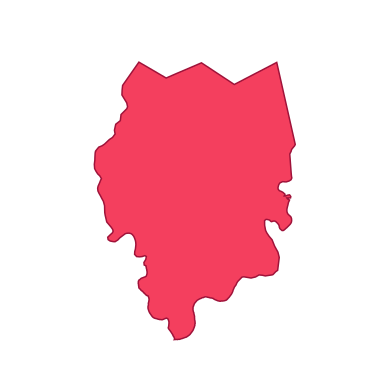 the district of Girard/Babonneau, Castries, Saint Lucia, rotated 195°
{"feature_id": "8701671B73614942856081", "entity_name": "Girard/Babonneau", "entity_type": "district", "adm_level": 2, "iso_a3": "LCA", "parent_name": "Saint Lucia", "parent_adm1": "Castries", "projection": "mercator", "projection_center": [-60.96, 14.001], "detail": "fine", "context": "isolated", "style": "filled", "palette": "rose", "viewbox_px": 384, "rotation_deg": 195, "n_neighbors": 0, "source": "geoboundaries", "source_scale": "gbopen_adm2", "svg_char_len": 5832}
<svg xmlns="http://www.w3.org/2000/svg" viewBox="0 0 384 384"><g transform="rotate(195 192 192)"><path d="M284.1,171.2L283.1,168.6L281.5,166.7L279.3,164.5L277.7,162.7L275.2,160.1L272.9,156.1L271.0,149.7L269.9,147.2L266.6,141.0L263.0,138.5L261.0,137.1L259.0,135.4L258.0,133.7L258.3,132.0L260.1,129.2L261.7,126.5L260.7,124.3L258.5,123.5L257.8,123.5L255.0,123.7L253.4,124.1L251.2,126.5L249.9,129.0L245.8,134.3L244.5,135.2L242.1,136.0L240.0,136.0L238.7,135.5L236.8,134.1L235.5,132.5L234.2,130.6L233.4,129.0L232.6,126.7L232.3,124.9L231.9,122.2L231.9,119.7L231.3,116.9L229.7,115.9L228.8,115.3L225.9,115.8L223.5,116.7L221.1,118.3L219.4,117.9L219.2,114.9L220.2,111.5L219.3,109.1L217.5,108.8L217.3,108.7L217.1,107.9L216.8,107.7L216.6,107.3L216.6,107.1L216.4,106.7L216.3,106.4L216.1,106.0L215.6,105.4L215.5,105.0L215.4,104.7L214.7,103.2L214.5,102.4L214.4,102.0L214.3,101.3L214.3,100.6L214.3,100.2L214.5,98.8L214.7,98.5L215.1,98.1L216.4,97.2L217.3,96.5L217.8,96.2L218.2,95.9L218.7,95.5L219.1,95.0L219.6,94.1L219.8,93.8L220.4,93.3L220.5,92.5L220.7,92.1L220.6,91.4L220.6,91.1L220.3,90.4L220.3,89.9L220.1,89.4L219.7,88.9L219.6,88.2L219.3,87.8L219.2,87.3L218.9,86.9L218.8,86.5L218.7,86.1L218.4,85.7L218.1,85.3L218.0,85.2L217.4,84.9L216.8,84.8L216.3,84.4L216.2,84.2L215.8,83.9L214.4,83.3L214.1,83.4L212.9,82.4L212.5,82.1L212.0,82.1L211.9,81.9L211.4,81.7L210.9,81.3L210.6,81.1L210.3,80.9L210.0,80.8L209.6,80.7L209.3,80.4L209.0,80.4L208.5,80.3L208.2,80.4L208.1,80.2L207.6,80.3L207.4,80.2L207.1,79.8L207.0,79.6L206.9,79.4L206.5,78.9L206.0,78.1L206.0,77.7L205.7,77.4L205.6,77.0L205.6,76.7L205.5,76.1L205.5,75.7L205.4,75.2L205.4,74.2L205.4,73.2L205.2,72.7L204.9,71.7L204.8,71.4L204.9,70.9L204.9,70.6L204.9,70.3L204.8,69.7L204.6,69.0L204.4,68.3L204.0,67.6L203.8,67.2L202.5,65.3L202.3,65.0L202.0,64.8L201.7,64.5L201.6,64.3L201.2,63.9L200.9,63.7L200.1,63.0L199.7,62.7L199.2,62.2L198.8,61.9L198.6,61.7L198.3,61.6L198.0,61.3L197.5,61.0L196.9,60.8L196.6,60.6L196.1,60.6L195.4,60.4L194.8,60.4L194.4,60.4L193.9,60.5L193.6,60.4L193.0,60.5L192.5,60.5L191.9,60.3L191.3,60.4L190.4,60.5L190.2,60.4L189.8,60.5L189.4,60.7L188.5,60.7L188.1,60.9L187.7,60.9L187.3,61.2L187.0,61.4L186.5,61.7L186.1,62.1L185.7,62.4L185.5,62.6L185.3,62.8L184.9,62.9L184.7,63.1L184.5,63.3L184.1,63.5L183.6,63.6L183.2,63.4L182.5,63.1L182.3,63.1L181.8,62.5L181.7,62.3L181.5,62.0L180.9,61.0L180.6,60.6L180.5,60.1L180.4,59.5L180.4,59.3L180.1,58.9L180.1,58.0L180.0,57.5L179.9,56.9L179.8,56.2L179.8,55.7L179.8,55.4L179.9,55.1L179.6,54.5L179.5,54.1L179.3,53.9L178.8,53.5L176.5,51.7L173.3,48.8L173.2,48.3L172.1,47.5L170.6,45.4L170.8,44.9L169.6,45.3L168.7,45.6L167.8,45.7L167.5,46.0L166.9,46.2L166.6,46.3L166.3,46.3L165.7,46.6L165.2,46.9L164.4,47.5L163.4,48.0L162.6,48.6L162.0,49.0L161.2,49.6L160.4,50.1L159.7,50.5L159.4,51.0L158.8,51.6L157.6,53.1L157.0,54.0L156.9,54.4L156.5,55.3L156.2,56.0L156.0,56.4L155.8,57.2L155.6,57.6L155.3,58.4L155.1,59.3L155.1,59.7L155.0,60.2L154.9,61.4L154.8,62.1L154.8,62.8L154.7,63.9L154.9,64.3L155.0,64.8L154.9,65.7L155.1,66.1L155.3,66.9L155.4,67.2L155.9,68.5L156.3,68.9L156.3,69.1L156.5,69.7L157.0,71.2L157.2,71.8L157.3,72.4L157.7,73.2L157.8,73.4L158.6,74.8L158.8,75.2L158.8,75.5L159.2,76.1L159.6,76.6L160.4,78.1L160.6,78.6L160.8,79.7L161.1,80.3L161.1,81.3L161.2,81.8L160.9,82.5L161.1,82.8L160.9,83.7L160.8,84.9L160.4,85.7L160.0,86.6L159.6,87.4L159.4,88.0L159.2,88.2L159.1,88.5L158.9,88.8L158.4,89.3L157.4,90.3L156.8,91.0L156.0,91.3L155.4,92.0L155.1,92.2L154.5,92.7L153.6,93.0L153.1,93.5L152.2,94.2L151.0,94.4L150.0,94.4L149.2,94.4L148.5,94.5L147.9,94.5L146.9,94.4L146.2,94.6L145.7,94.7L144.8,94.6L144.0,94.7L143.7,94.5L143.0,94.2L142.1,94.0L141.3,93.9L140.5,93.8L139.7,93.7L139.1,93.6L137.0,93.7L136.1,93.9L135.3,94.4L134.6,94.5L133.1,95.1L132.3,95.5L131.8,95.8L131.3,96.2L130.9,96.4L130.4,97.1L130.3,97.5L130.0,97.7L129.7,98.5L129.2,99.4L128.8,100.1L128.6,100.6L128.1,102.0L127.8,102.6L127.5,103.5L127.3,104.1L127.1,105.2L126.9,106.3L126.9,106.6L126.9,107.7L126.4,111.2L125.5,113.4L125.1,116.0L124.6,117.5L121.7,122.7L120.0,123.5L112.7,124.2L108.6,126.4L105.8,129.2L102.6,129.8L99.5,129.9L97.0,131.0L93.3,132.6L92.4,133.2L90.5,136.7L89.0,138.5L90.8,151.4L93.4,156.1L98.2,161.1L102.3,166.6L106.1,169.2L109.2,171.9L111.0,174.0L113.2,178.6L114.5,183.2L113.4,184.7L112.7,184.9L110.4,185.0L109.6,184.9L108.8,184.3L107.8,183.9L107.6,183.9L107.3,184.0L106.4,184.7L105.5,185.1L104.6,185.3L103.8,185.2L103.2,185.0L102.2,184.4L101.2,183.9L100.1,183.0L99.5,182.5L99.1,181.8L98.9,181.5L98.6,180.7L97.8,179.6L96.9,178.9L95.9,178.5L95.1,178.1L94.6,178.2L94.1,178.3L93.7,178.6L93.2,179.1L92.5,180.1L92.0,181.0L91.1,182.2L90.7,183.0L90.2,183.8L89.7,184.7L88.9,186.1L88.6,186.9L88.3,187.8L88.2,188.7L88.3,190.0L88.6,191.0L89.0,192.1L89.9,193.4L90.5,193.9L91.3,194.3L92.3,194.8L93.2,195.3L93.9,195.8L94.3,196.3L94.8,196.9L95.3,197.9L95.6,198.8L95.9,200.1L96.0,202.4L96.0,203.2L96.0,204.6L96.1,205.7L96.1,206.7L96.1,207.2L95.9,208.1L95.7,209.5L98.0,210.1L98.8,210.8L96.7,211.4L95.3,211.8L95.4,213.2L97.0,214.5L98.5,213.9L100.8,212.3L101.9,212.1L101.6,212.9L101.6,213.9L104.1,215.2L105.7,215.6L108.0,215.9L109.6,217.1L110.1,218.7L110.1,221.6L109.4,223.6L107.1,225.5L105.1,225.8L103.5,226.2L101.0,227.8L99.5,229.5L99.2,231.4L100.0,233.0L101.2,236.2L107.4,254.0L106.8,256.8L106.8,258.7L106.4,259.8L104.8,263.3L104.6,264.7L143.7,339.1L179.0,306.8L216.3,319.2L237.3,302.7L246.5,295.4L276.9,303.7L286.6,277.0L285.9,272.5L284.8,267.6L278.1,261.2L276.3,257.7L276.5,255.6L280.6,248.5L279.7,242.4L283.2,237.7L282.9,231.6L281.3,228.1L282.9,224.1L285.4,221.3L288.9,215.6L290.9,213.3L293.7,211.2L295.0,208.3L295.8,206.4L295.5,206.0L295.7,205.4L295.6,204.5L295.3,203.0L294.7,200.2L294.1,197.7L293.5,193.4L292.9,191.7L292.1,189.4L290.1,187.2L287.8,185.1L285.2,183.7L284.6,183.1L282.9,181.4L283.3,179.9L283.6,177.1L284.2,173.3L284.1,171.2Z" fill="#f43f5e" stroke="#9f1239" stroke-width="1.5"/></g></svg>